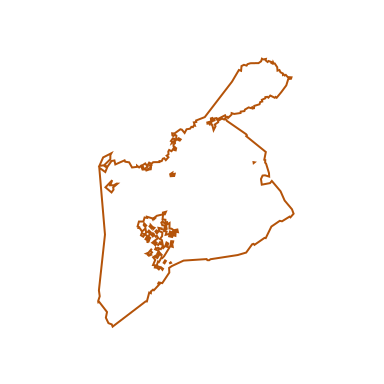 Baarle-Nassau, Noord-Brabant, Netherlands (Albers equal-area conic projection), rotated 136°
{"feature_id": "6326949B26201619362436", "entity_name": "Baarle-Nassau", "entity_type": "district", "adm_level": 2, "iso_a3": "NLD", "parent_name": "Netherlands", "parent_adm1": "Noord-Brabant", "projection": "albers", "projection_center": [4.882, 51.437], "detail": "fine", "context": "isolated", "style": "outline", "palette": "amber", "viewbox_px": 384, "rotation_deg": 136, "n_neighbors": 0, "source": "geoboundaries", "source_scale": "gbopen_adm2", "svg_char_len": 6138}
<svg xmlns="http://www.w3.org/2000/svg" viewBox="0 0 384 384"><g transform="rotate(136 192 192)"><path d="M134.0,105.8L132.1,110.1L131.3,121.5L127.8,131.0L126.9,144.5L129.7,144.2L136.7,148.8L133.4,153.4L129.8,154.8L127.9,153.3L125.8,149.5L123.5,152.1L119.0,161.0L119.0,162.3L117.1,164.1L117.6,165.0L111.1,169.5L114.2,194.5L113.1,194.7L112.9,195.9L117.5,218.9L117.0,222.0L118.5,221.8L119.5,224.0L123.3,224.9L123.3,225.7L124.7,224.0L128.7,224.7L129.5,222.9L133.5,221.5L130.9,226.1L131.3,226.8L127.3,231.8L126.1,231.2L127.6,228.6L126.0,227.9L125.1,229.5L123.0,228.1L123.6,226.8L114.9,224.2L115.6,222.0L114.2,221.3L114.6,220.2L109.8,220.2L108.7,221.2L107.5,218.9L102.2,215.1L101.1,216.0L98.1,213.8L96.7,214.5L92.5,213.5L91.4,211.5L89.9,211.2L90.5,210.0L89.2,209.2L87.4,210.7L82.5,208.2L80.5,209.3L78.6,208.3L77.7,209.8L74.2,208.5L73.3,209.3L71.7,208.1L71.5,206.8L68.7,207.0L67.0,202.3L65.8,202.3L65.6,201.0L58.5,201.8L50.1,203.2L44.3,206.4L42.1,204.7L40.8,205.4L43.3,208.2L43.2,211.1L44.4,211.4L44.4,212.9L45.2,213.1L44.3,214.2L45.2,216.6L44.4,219.0L46.2,219.9L44.0,222.6L43.2,227.0L44.0,227.9L43.6,229.0L44.8,228.3L45.3,229.8L44.6,230.4L45.9,233.0L47.3,233.0L47.6,235.6L46.4,236.4L48.7,237.9L49.1,239.3L51.5,238.0L54.6,238.5L60.6,244.1L63.3,245.4L64.9,245.0L66.3,247.4L68.9,248.2L72.5,245.1L73.5,247.2L86.5,243.6L130.8,237.0L139.4,240.6L140.3,239.4L142.3,240.8L143.8,237.7L144.4,238.6L146.3,238.0L147.2,239.3L149.5,238.9L152.3,240.9L156.3,239.6L156.0,243.9L156.8,245.2L164.0,246.3L165.5,248.0L166.8,246.3L166.6,245.3L164.4,244.8L164.1,243.4L167.2,240.5L169.3,240.3L170.3,238.9L172.4,239.0L173.5,237.7L173.2,236.8L176.2,235.9L178.4,235.6L179.2,238.1L180.9,237.6L182.8,235.4L185.0,235.7L184.8,233.4L188.7,233.1L188.5,235.6L189.8,236.2L192.4,235.3L193.9,236.8L194.6,236.1L199.2,240.4L201.6,240.5L202.4,242.9L204.2,242.4L204.1,240.7L202.9,239.3L204.9,238.7L204.5,238.1L205.9,237.0L207.4,238.1L206.8,239.7L208.2,238.4L209.9,239.2L209.1,241.3L206.3,241.2L205.8,245.0L209.3,245.7L210.7,241.4L212.0,242.5L210.5,246.3L213.0,246.4L213.3,249.0L214.0,248.2L218.1,251.3L216.6,257.0L219.0,260.2L218.5,261.6L228.0,265.1L225.9,268.6L228.4,270.2L234.8,269.0L236.0,270.4L236.4,272.3L228.0,272.3L225.0,275.3L223.1,275.9L231.9,278.6L240.5,275.1L237.2,272.7L236.2,268.5L240.5,266.6L241.8,273.9L284.2,221.8L327.3,185.9L330.8,181.1L335.3,178.7L336.0,177.7L335.1,177.4L336.5,164.7L341.3,161.4L343.2,155.7L341.7,152.5L342.6,150.3L301.3,145.5L300.5,144.6L292.6,149.4L291.9,147.8L290.5,149.0L287.9,148.8L287.7,147.8L279.4,148.3L279.9,149.6L278.7,150.0L276.7,147.1L264.3,149.8L261.2,153.3L257.8,152.7L245.7,148.5L228.1,133.6L228.3,132.3L227.0,131.0L225.4,130.8L202.9,114.9L195.1,110.8L185.0,112.6L183.7,111.9L183.8,110.6L171.7,108.6L171.0,107.6L158.9,112.0L148.9,110.3L147.6,108.4L138.9,106.5L138.8,105.4L134.0,105.8ZM255.4,194.3L253.2,194.6L250.8,198.1L255.4,198.3L254.7,202.1L255.5,203.3L254.5,203.6L255.1,205.0L250.7,207.6L247.5,204.5L243.8,206.6L242.3,204.6L241.6,205.5L238.9,200.7L239.2,199.4L238.2,199.8L238.1,198.8L236.8,198.8L237.2,199.7L233.8,199.3L228.4,196.1L227.2,197.4L224.5,195.9L227.1,194.8L228.3,196.0L232.2,192.8L230.4,190.5L232.3,188.4L230.9,187.6L232.2,185.9L229.7,185.3L233.6,181.4L232.2,179.8L231.7,177.1L232.6,177.0L232.2,176.1L231.0,175.2L230.5,176.4L228.6,175.2L230.0,172.9L231.3,174.8L234.4,172.0L235.6,174.1L233.3,175.3L236.0,176.9L234.5,176.9L235.3,178.9L237.4,177.6L240.6,179.5L237.8,181.1L239.2,183.3L238.3,184.2L239.8,186.6L239.2,187.0L241.0,189.5L242.7,186.5L241.4,183.5L244.2,181.0L247.7,180.4L247.1,178.3L249.9,174.0L250.7,176.2L249.5,177.0L249.8,178.1L253.1,177.3L254.8,183.0L254.0,183.0L253.5,179.8L252.7,180.1L253.1,182.9L248.3,182.4L247.7,184.9L249.1,184.9L249.1,187.5L251.0,187.3L250.9,188.2L248.7,188.3L248.8,189.5L250.9,189.4L251.0,191.0L254.2,190.6L253.9,188.0L255.3,187.7L255.9,190.6L254.8,192.3L255.4,194.3ZM259.7,171.8L257.1,172.5L257.3,173.9L255.1,173.6L255.6,176.4L254.1,172.5L251.4,173.1L250.8,172.9L251.4,171.7L248.9,171.8L246.9,167.7L256.7,165.2L259.2,165.1L259.3,166.1L264.5,164.6L264.8,165.6L268.6,163.5L267.1,159.8L269.6,159.4L269.8,161.7L271.2,163.5L269.3,164.7L270.8,166.5L265.6,168.7L265.3,172.1L261.3,171.2L263.3,170.2L262.8,168.6L259.8,169.4L259.7,171.8ZM250.2,247.6L251.0,255.5L241.2,255.9L246.2,253.7L243.6,251.2L240.4,250.4L239.7,249.7L245.5,250.1L246.8,248.2L250.2,247.6ZM267.6,179.4L265.4,178.6L260.3,179.1L262.6,178.7L262.7,176.3L265.0,176.3L265.0,175.2L267.3,176.1L267.4,177.1L266.5,177.2L267.6,179.4ZM191.8,217.1L193.7,215.9L196.4,218.2L195.3,220.0L192.8,219.5L194.0,218.6L191.8,217.1ZM255.4,194.3L258.1,193.7L258.8,196.3L256.7,197.3L255.4,194.3ZM235.8,174.0L237.5,173.4L239.2,176.0L237.8,176.9L235.8,174.0ZM245.4,173.4L244.9,171.5L247.1,170.2L248.1,172.0L245.4,173.4ZM242.6,167.9L244.0,165.9L245.3,168.2L243.5,169.3L242.6,167.9ZM257.1,190.7L256.4,188.0L259.3,186.3L257.7,188.5L258.2,190.4L257.1,190.7ZM130.1,230.0L132.3,228.7L132.3,230.2L133.3,230.5L132.7,231.4L130.1,230.0ZM163.6,237.7L165.1,237.5L166.1,239.8L164.2,239.9L163.6,237.7ZM261.5,160.8L258.9,161.5L258.7,160.5L261.3,159.8L261.5,160.8ZM255.4,179.2L255.3,180.7L255.8,183.1L255.1,183.0L254.5,179.5L255.4,179.2ZM241.1,171.1L239.8,169.6L240.8,168.9L242.0,170.5L241.1,171.1ZM173.3,235.4L173.0,234.5L174.8,233.3L175.4,234.2L173.3,235.4ZM266.2,156.9L267.3,156.6L267.0,159.2L266.6,159.3L266.2,156.9ZM256.7,176.2L258.0,175.6L258.3,176.4L256.9,176.9L256.7,176.2ZM255.3,187.6L257.2,186.7L257.3,187.2L255.3,187.6ZM256.2,156.2L256.3,155.6L258.0,156.4L256.2,156.2ZM126.4,169.9L127.5,170.0L127.0,170.7L126.4,169.9ZM236.5,188.7L234.7,187.0L236.7,185.2L236.0,184.5L237.0,183.2L235.8,183.0L232.5,188.1L233.6,189.1L233.6,191.3L235.3,191.3L236.5,188.7ZM168.5,243.9L171.7,243.3L171.2,241.9L172.6,241.2L169.5,240.8L167.8,242.7L168.5,243.9ZM244.6,197.2L246.1,196.0L246.4,197.7L246.4,193.7L244.7,193.7L244.6,197.2ZM249.7,201.8L249.9,199.6L248.2,199.7L248.2,202.6L249.7,201.8ZM245.7,189.0L246.0,186.6L243.8,186.9L244.2,189.1L245.7,189.0ZM249.8,194.2L251.5,194.0L251.1,191.5L249.7,191.6L249.8,194.2ZM257.5,167.8L257.4,170.9L257.9,170.7L258.1,167.8L257.5,167.8ZM244.2,193.1L245.1,192.3L243.9,192.3L244.2,193.1Z" fill="none" stroke="#b45309" stroke-width="2"/></g></svg>